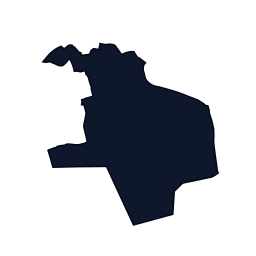 the district of Apapa, Lagos, Nigeria, rotated 346°
{"feature_id": "59680162B5781056238943", "entity_name": "Apapa", "entity_type": "district", "adm_level": 2, "iso_a3": "NGA", "parent_name": "Nigeria", "parent_adm1": "Lagos", "projection": "albers", "projection_center": [3.364, 6.438], "detail": "fine", "context": "isolated", "style": "filled", "palette": "ink", "viewbox_px": 256, "rotation_deg": 346, "n_neighbors": 0, "source": "geoboundaries", "source_scale": "gbopen_adm2", "svg_char_len": 2540}
<svg xmlns="http://www.w3.org/2000/svg" viewBox="0 0 256 256"><g transform="rotate(346 128 128)"><path d="M121.3,39.3L121.1,40.1L118.6,44.8L117.0,44.0L113.9,42.7L111.0,43.7L110.1,44.9L109.0,47.0L108.3,46.9L107.4,47.1L104.7,46.8L102.0,46.4L100.4,46.1L100.3,45.3L100.5,43.6L99.4,43.0L98.4,42.0L97.8,40.9L97.4,39.8L96.4,38.2L95.6,36.4L95.0,36.2L93.9,36.0L94.1,35.2L94.1,34.4L92.9,33.7L91.5,33.5L90.8,33.4L88.7,34.2L85.4,35.6L84.7,34.9L83.4,33.5L82.9,32.6L80.2,33.0L77.6,33.7L75.9,34.3L74.7,34.8L72.6,35.7L71.0,36.5L68.1,38.3L66.8,39.3L61.4,43.2L63.9,44.3L65.7,44.5L67.7,44.7L68.9,45.2L70.5,46.5L73.4,48.6L75.4,50.3L76.9,51.1L78.1,51.4L79.4,51.6L80.6,51.3L81.3,50.9L82.8,50.1L84.8,48.7L86.3,47.6L87.6,47.1L88.6,47.1L88.4,47.3L88.4,47.6L88.5,48.2L89.1,50.6L89.4,52.7L89.6,55.2L89.7,56.2L89.6,59.9L92.4,60.5L93.6,61.0L94.9,61.7L95.6,62.0L98.7,62.0L100.4,61.9L100.3,62.3L100.3,63.5L100.3,65.7L101.4,67.9L101.6,68.4L101.8,69.1L101.9,70.0L101.8,73.0L102.0,75.4L102.0,77.2L102.5,78.6L101.9,81.1L101.8,83.3L101.8,88.7L97.5,88.9L94.6,88.9L92.5,89.3L90.9,89.5L89.9,89.4L89.9,89.7L89.7,90.5L89.5,92.5L89.1,92.9L88.6,94.3L90.0,94.5L90.9,94.5L91.0,99.3L91.0,103.4L88.0,110.1L86.3,113.6L85.6,115.2L85.4,117.3L85.3,121.6L85.3,126.9L85.2,129.7L85.3,130.8L85.3,131.3L84.0,131.9L82.2,132.4L76.1,132.3L73.1,131.6L68.6,129.9L66.5,129.2L64.1,128.8L62.8,129.3L61.0,129.2L58.8,128.9L57.5,128.7L57.4,129.2L56.8,129.2L56.1,128.9L54.7,128.7L54.1,129.5L52.3,129.7L51.8,129.3L51.6,129.6L45.6,130.1L45.0,130.3L45.4,137.8L45.7,147.9L70.1,153.4L97.5,160.0L97.9,160.4L109.9,223.4L150.6,222.5L157.6,200.6L167.6,194.7L198.1,195.8L204.6,193.5L204.3,191.2L205.3,182.6L205.5,180.5L206.3,173.2L206.9,167.8L207.6,163.1L208.1,160.5L209.3,156.9L210.4,151.6L210.9,149.5L211.0,141.5L210.8,137.8L210.5,132.5L211.0,130.9L210.9,125.8L209.1,125.4L208.4,124.4L207.9,123.7L207.5,123.0L206.2,121.6L204.5,119.9L202.9,118.2L202.6,117.9L202.0,117.4L201.1,116.8L199.8,115.9L198.3,114.8L197.3,114.1L196.8,113.8L190.1,109.0L187.2,107.0L184.9,105.5L182.7,104.1L179.6,102.2L176.1,100.2L173.5,98.7L171.5,97.6L168.3,95.8L166.3,94.9L165.3,94.4L163.8,93.6L163.2,93.2L162.6,92.7L162.0,92.3L160.8,91.2L159.9,90.2L158.4,88.1L157.7,86.9L157.1,85.2L156.8,83.9L156.8,82.3L156.8,81.3L156.9,79.8L156.9,78.6L156.8,77.2L156.8,75.1L157.2,73.5L158.7,70.4L160.8,69.0L155.9,62.8L155.2,62.9L153.9,60.7L152.8,57.5L152.2,55.3L148.2,54.4L143.7,54.5L139.5,55.3L138.8,53.3L137.1,49.0L135.3,44.6L133.2,43.3L131.5,42.5L128.8,41.9L126.8,41.8L123.7,40.5L121.3,39.3Z" fill="#0f172a" stroke="#020617" stroke-width="1.5"/></g></svg>